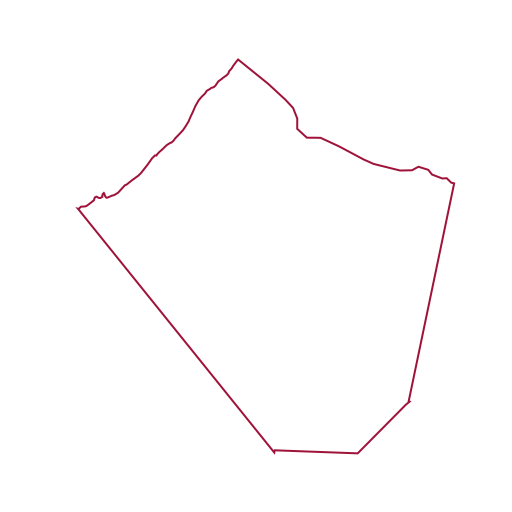 Morne La Croix, Soufrière, Saint Lucia (Mercator projection), rotated 14°
{"feature_id": "8701671B11486827062004", "entity_name": "Morne La Croix", "entity_type": "district", "adm_level": 2, "iso_a3": "LCA", "parent_name": "Saint Lucia", "parent_adm1": "Soufrière", "projection": "mercator", "projection_center": [-61.064, 13.818], "detail": "fine", "context": "isolated", "style": "outline", "palette": "rose", "viewbox_px": 512, "rotation_deg": 14, "n_neighbors": 0, "source": "geoboundaries", "source_scale": "gbopen_adm2", "svg_char_len": 1362}
<svg xmlns="http://www.w3.org/2000/svg" viewBox="0 0 512 512"><g transform="rotate(14 256 256)"><path d="M440.2,360.2L439.3,360.2L430.7,137.6L427.7,137.6L422.2,134.4L418.0,135.7L407.1,134.4L402.3,130.7L392.0,130.1L386.6,135.1L375.1,138.2L347.9,138.2L337.1,136.3L309.9,129.5L290.0,125.7L276.7,128.9L265.2,122.6L262.8,112.7L256.2,103.4L246.5,97.1L226.0,85.9L191.1,69.7L190.0,71.9L187.9,76.9L187.4,78.5L187.1,79.6L185.2,83.3L185.0,85.5L183.9,87.6L180.7,91.3L180.0,92.4L177.2,95.7L175.8,99.5L175.5,100.4L174.0,102.6L172.9,103.1L172.1,103.6L170.1,105.9L168.9,107.0L168.2,107.7L167.7,109.5L166.8,111.4L165.0,114.2L163.9,116.3L162.7,118.8L160.9,125.2L159.9,131.3L158.7,137.3L158.0,141.8L156.7,146.1L154.8,151.4L151.6,157.2L149.0,161.6L148.1,164.1L146.4,166.5L145.5,166.9L142.4,170.2L139.7,174.6L136.9,178.7L135.3,181.7L135.1,182.6L133.7,182.8L131.5,186.4L128.8,193.4L124.4,203.2L122.4,206.5L117.2,212.7L113.1,218.1L111.7,219.0L109.5,223.1L106.9,227.9L103.7,231.2L101.6,232.3L98.4,234.8L97.2,235.6L96.4,235.5L94.8,234.1L93.7,232.2L93.1,231.7L92.3,233.0L92.3,234.7L92.6,235.8L90.9,237.4L89.4,237.7L87.1,237.0L86.5,237.2L85.9,237.7L85.3,238.9L85.3,241.0L82.6,244.6L81.0,246.6L79.1,248.8L77.1,249.6L74.3,250.5L73.4,251.8L73.0,252.6L72.2,253.2L71.8,253.2L321.3,442.3L321.2,440.0L402.4,422.9L437.4,364.0L440.2,360.2Z" fill="none" stroke="#9f1239" stroke-width="2"/></g></svg>